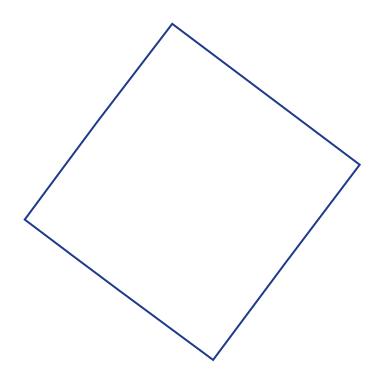 Ionia, Michigan, United States of America (Equal Earth projection), rotated 307°
{"feature_id": "52423323B19907423644916", "entity_name": "Ionia", "entity_type": "district", "adm_level": 2, "iso_a3": "USA", "parent_name": "United States of America", "parent_adm1": "Michigan", "projection": "equal_earth", "projection_center": [-85.158, 42.945], "detail": "fine", "context": "isolated", "style": "outline", "palette": "blue", "viewbox_px": 384, "rotation_deg": 307, "n_neighbors": 0, "source": "geoboundaries", "source_scale": "gbopen_adm2", "svg_char_len": 276}
<svg xmlns="http://www.w3.org/2000/svg" viewBox="0 0 384 384"><g transform="rotate(307 192 192)"><path d="M69.3,75.0L69.3,134.9L69.5,192.6L70.6,309.9L192.2,309.3L314.7,309.5L314.4,75.0L191.7,74.1L130.6,74.5L69.3,75.0Z" fill="none" stroke="#1e3a8a" stroke-width="2"/></g></svg>